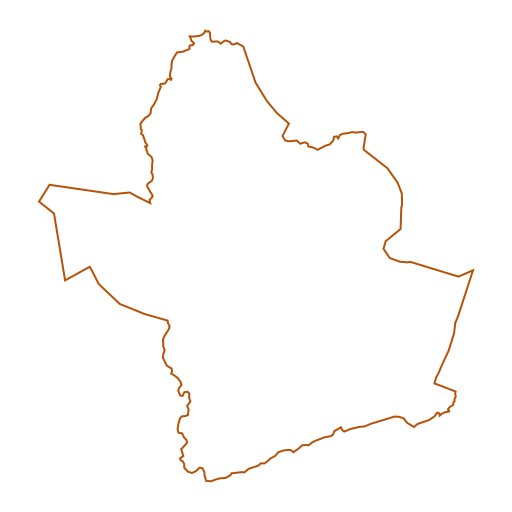 Kwaya Kusar, Borno, Nigeria (orthographic projection)
{"feature_id": "59680162B43497988326934", "entity_name": "Kwaya Kusar", "entity_type": "district", "adm_level": 2, "iso_a3": "NGA", "parent_name": "Nigeria", "parent_adm1": "Borno", "projection": "orthographic", "projection_center": [11.874, 10.484], "detail": "fine", "context": "isolated", "style": "outline", "palette": "amber", "viewbox_px": 512, "rotation_deg": 0, "n_neighbors": 0, "source": "geoboundaries", "source_scale": "gbopen_adm2", "svg_char_len": 3891}
<svg xmlns="http://www.w3.org/2000/svg" viewBox="0 0 512 512"><path d="M205.2,30.7L204.8,32.2L203.2,33.9L200.2,35.6L194.8,36.5L189.7,36.4L190.6,38.2L191.2,40.3L192.1,41.5L194.1,43.2L192.8,45.1L190.0,45.4L189.4,46.6L189.4,48.9L187.7,49.8L185.7,50.4L183.4,51.6L181.3,51.9L179.3,52.2L177.1,52.4L175.4,55.0L173.9,57.3L172.1,60.8L171.5,64.7L171.5,68.2L170.6,71.0L170.1,73.6L169.9,76.2L171.5,78.7L171.1,79.8L169.0,78.9L167.6,79.2L166.4,81.5L165.1,83.4L163.1,83.9L161.0,83.9L159.9,84.9L160.8,86.8L159.7,89.5L158.4,92.4L157.5,96.0L156.7,99.2L155.7,101.1L154.0,104.4L152.7,106.2L151.2,108.3L150.8,110.8L150.7,113.0L149.4,114.8L147.7,116.4L145.4,117.7L143.6,119.7L142.3,121.1L141.3,122.5L140.3,124.0L140.7,125.7L140.8,128.0L140.9,129.3L141.8,130.1L141.7,131.6L141.1,133.7L143.0,135.2L145.5,142.7L147.2,145.0L146.8,146.3L145.1,146.5L145.4,147.2L146.2,148.2L146.5,150.4L147.3,151.6L147.4,153.1L148.2,154.2L149.6,155.3L151.6,157.1L152.6,160.4L152.1,165.2L152.1,169.5L151.3,172.2L152.6,174.7L152.9,178.0L152.0,180.6L149.8,182.3L148.1,183.4L147.0,185.4L147.6,187.2L148.6,188.9L149.6,190.4L150.0,191.5L150.8,192.6L151.9,194.2L152.6,196.5L151.4,198.1L149.5,199.9L150.2,203.1L137.0,196.6L129.7,192.5L113.3,194.1L49.5,184.8L39.0,201.6L54.0,213.5L65.1,280.4L89.7,266.8L91.4,269.6L98.7,284.0L119.8,304.0L144.6,314.0L167.6,320.6L168.0,323.1L169.6,326.2L168.8,329.2L165.8,334.0L164.3,336.4L162.8,340.2L163.2,342.0L163.3,346.5L164.7,350.3L163.4,353.6L162.8,357.6L164.8,361.7L166.9,365.7L171.6,368.6L172.1,371.4L171.2,373.6L173.7,375.0L177.7,378.0L180.5,381.8L181.5,385.1L179.1,387.9L178.2,390.8L180.3,395.5L182.5,395.9L184.3,392.2L187.6,391.8L189.2,393.3L189.1,397.8L190.4,401.3L189.1,403.3L187.2,405.9L188.6,409.3L187.9,415.1L185.4,416.0L181.7,416.4L179.9,418.6L178.2,424.7L177.6,429.5L178.5,432.7L182.2,433.4L183.8,437.1L186.5,440.0L187.0,442.9L184.1,446.1L181.2,449.3L183.3,456.0L180.0,458.5L180.7,460.2L183.2,461.8L184.2,464.2L184.3,467.8L188.0,471.7L192.0,473.0L196.0,471.1L199.6,467.6L202.4,468.2L204.3,472.0L204.6,475.5L206.1,480.8L210.9,481.3L215.7,479.5L220.8,478.2L225.5,478.0L230.7,475.0L231.6,473.3L241.3,472.2L244.4,472.4L248.7,468.8L252.5,467.5L258.5,465.6L260.6,463.4L264.5,463.4L267.4,461.3L270.5,458.4L274.8,456.2L278.4,452.2L283.3,450.5L289.3,449.8L291.9,450.7L293.4,452.3L299.1,448.1L302.1,445.3L306.1,445.0L308.7,445.3L311.9,442.6L315.1,440.9L321.7,438.4L323.7,437.5L323.8,437.5L330.6,436.2L333.0,434.7L334.4,431.1L340.9,427.3L342.1,429.9L344.2,431.6L350.4,429.1L358.6,427.0L365.0,426.3L370.8,423.8L377.4,421.8L387.9,418.6L394.2,416.6L399.2,416.8L403.7,418.4L407.1,422.8L414.0,427.0L417.5,424.0L429.3,419.9L434.4,416.4L437.2,412.7L439.2,413.3L439.7,415.6L441.9,413.7L445.4,412.1L447.8,411.8L449.2,411.4L449.1,410.7L448.2,410.2L448.2,409.0L449.2,407.7L450.6,406.4L453.3,404.9L453.4,403.6L453.4,402.3L454.6,401.3L454.4,400.0L454.7,398.7L455.7,396.7L455.5,395.0L455.2,393.5L455.6,391.5L434.4,383.4L436.2,377.3L438.9,372.3L442.1,364.6L448.6,350.8L454.1,333.1L455.3,322.5L455.6,322.3L455.7,321.7L456.0,321.4L456.1,320.8L458.1,316.2L473.0,270.3L458.5,276.6L410.0,261.8L407.6,262.4L399.9,261.7L389.8,258.1L383.5,248.8L385.7,241.2L400.6,229.0L401.3,207.4L402.1,204.5L401.8,193.5L397.7,182.8L387.5,168.3L364.0,149.9L363.5,148.4L365.7,134.3L363.1,131.8L355.5,132.6L352.2,132.1L347.5,133.2L342.9,133.7L339.8,135.1L338.2,138.4L336.8,136.4L334.0,136.8L333.3,140.5L331.6,142.4L329.7,144.4L325.0,145.9L317.7,149.8L313.4,147.6L308.3,146.4L307.7,143.6L304.9,142.3L300.2,143.7L296.7,140.5L289.7,141.3L285.3,140.6L282.5,136.0L288.9,123.6L276.8,112.9L267.0,101.2L255.5,82.5L243.3,46.5L239.4,44.4L238.3,43.8L237.0,43.0L236.1,43.5L235.4,43.8L233.3,44.4L232.2,44.5L230.8,43.3L230.1,42.0L228.4,41.4L225.7,40.5L224.0,41.1L222.2,42.5L220.7,43.7L219.4,42.5L217.6,41.4L214.2,41.6L211.9,41.7L210.6,39.7L210.3,37.7L210.1,34.9L210.0,32.7L208.8,31.2L207.3,31.6L205.2,30.7Z" fill="none" stroke="#b45309" stroke-width="2"/></svg>